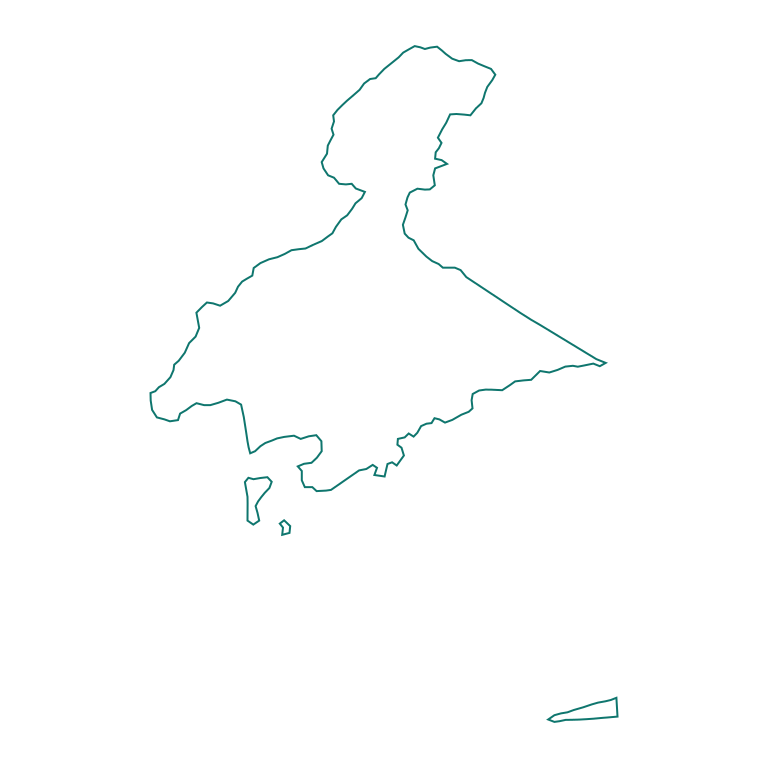 Itaguaí, Rio de Janeiro, Brazil
{"feature_id": "56859067B25747814882547", "entity_name": "Itaguaí", "entity_type": "district", "adm_level": 2, "iso_a3": "BRA", "parent_name": "Brazil", "parent_adm1": "Rio de Janeiro", "projection": "albers", "projection_center": [-43.809, -22.874], "detail": "fine", "context": "isolated", "style": "outline", "palette": "teal", "viewbox_px": 768, "rotation_deg": 0, "n_neighbors": 0, "source": "geoboundaries", "source_scale": "gbopen_adm2", "svg_char_len": 3399}
<svg xmlns="http://www.w3.org/2000/svg" viewBox="0 0 768 768"><path d="M471.8,60.1L465.8,60.2L459.1,61.2L452.2,58.7L445.7,53.9L441.9,50.5L437.1,46.7L430.2,47.6L424.9,49.0L420.3,47.3L414.7,46.1L408.8,49.4L403.2,52.6L398.6,57.4L392.4,62.4L384.3,68.9L379.0,74.4L375.7,78.2L370.1,79.0L364.1,83.5L359.6,89.8L353.9,94.8L346.9,100.8L342.1,105.3L337.5,109.9L333.2,115.3L334.0,121.4L331.6,128.7L333.5,134.7L330.6,140.1L327.8,145.6L327.0,153.7L321.7,162.1L323.5,168.4L328.1,175.3L334.0,177.7L339.1,183.8L345.9,184.4L351.7,183.8L355.8,188.5L364.9,191.9L361.7,198.1L355.5,203.3L352.1,208.8L347.2,215.3L341.3,219.4L335.9,226.9L332.4,233.3L327.9,236.5L321.9,241.0L313.0,244.9L305.5,248.5L298.8,249.2L291.5,250.2L284.6,254.0L277.4,257.2L269.0,259.3L260.4,263.1L253.7,268.0L252.3,275.6L246.7,278.8L242.1,281.6L238.0,286.7L235.2,292.8L228.2,301.0L220.1,305.7L213.1,303.4L206.9,302.5L201.8,307.2L196.4,312.7L197.8,320.3L199.2,327.9L195.6,336.6L189.1,343.1L184.8,352.7L178.7,360.8L174.2,364.7L173.5,370.1L170.4,377.2L164.4,383.9L158.9,387.2L155.3,391.2L150.5,393.0L150.7,400.6L152.1,409.9L156.9,417.4L164.5,419.4L169.9,421.3L178.0,420.1L180.1,413.6L186.2,410.1L191.7,406.0L196.5,403.2L204.0,405.1L210.4,405.1L218.3,402.8L226.9,399.6L235.4,401.3L241.1,404.6L243.8,417.1L246.1,431.9L247.5,441.3L248.6,447.3L250.2,453.3L255.1,451.2L260.4,446.2L265.3,443.0L271.8,440.6L277.1,438.4L284.3,436.9L294.0,435.7L300.7,438.9L308.8,436.3L316.3,435.2L321.4,441.2L321.7,451.2L316.9,457.7L311.5,462.8L304.0,463.8L297.8,466.4L301.8,471.0L301.8,480.3L304.8,487.1L312.3,487.1L316.6,491.1L326.0,490.6L331.0,489.9L359.1,470.4L366.3,469.0L372.7,464.9L377.0,467.8L374.4,475.0L384.6,476.5L386.2,469.5L387.5,464.0L392.1,462.3L396.7,465.5L403.9,455.5L401.5,447.7L397.4,444.7L397.9,438.9L404.7,437.4L408.7,433.5L413.6,436.6L417.3,432.8L421.1,426.1L426.5,423.7L431.5,423.1L434.5,418.2L439.4,419.4L445.0,422.6L452.3,419.9L461.4,414.7L468.7,411.8L472.5,408.4L471.6,400.2L472.7,394.0L479.1,390.5L485.6,389.6L491.7,389.7L502.2,390.2L510.1,385.0L515.1,381.4L523.5,380.4L531.2,379.8L540.1,371.0L549.3,372.5L557.6,369.9L565.3,366.6L572.9,365.8L577.8,366.7L584.0,365.5L593.3,363.6L599.8,366.2L605.7,362.9L596.3,359.1L540.5,325.2L531.2,319.8L520.3,312.9L466.3,277.1L460.6,270.1L454.9,267.7L448.7,267.7L442.9,267.7L438.6,264.0L432.2,261.1L426.4,256.6L418.4,248.8L413.7,240.3L408.5,237.7L404.7,233.6L402.9,224.8L405.5,217.3L407.7,210.3L405.5,204.5L407.5,197.4L409.8,192.6L417.4,188.7L424.9,189.6L429.8,189.4L434.8,185.3L433.3,175.3L435.1,168.4L440.7,166.3L447.0,163.9L441.6,160.1L435.1,158.7L435.7,152.3L438.9,148.2L441.5,142.9L437.9,137.7L442.2,129.3L446.2,122.8L450.1,114.4L456.4,114.0L464.2,114.6L470.4,115.3L476.0,108.3L481.4,103.3L483.6,98.0L485.0,92.8L487.3,86.9L492.2,80.2L495.3,74.7L491.0,68.9L484.3,66.2L478.1,63.6L471.8,60.1ZM616.4,697.8L610.8,700.0L605.4,701.3L598.1,702.6L591.8,704.4L583.2,707.3L573.8,710.0L567.5,712.3L560.9,713.4L554.4,715.2L548.2,719.5L554.4,721.9L559.5,721.2L565.6,719.9L571.6,719.8L578.9,719.6L586.1,719.2L593.5,718.7L602.1,717.9L607.2,717.5L617.5,716.6L616.4,697.8ZM247.5,520.6L253.3,524.6L259.2,520.6L257.5,512.8L255.6,506.1L258.1,501.4L261.2,497.2L264.7,492.9L269.4,488.0L271.7,481.8L267.4,477.2L260.4,478.0L253.5,479.2L248.4,477.8L244.9,482.1L247.5,496.8L247.6,503.1L247.5,520.6ZM289.5,532.9L290.2,526.1L284.1,520.3L279.8,523.6L283.0,527.6L282.2,534.8L289.5,532.9Z" fill="none" stroke="#0f766e" stroke-width="2"/></svg>